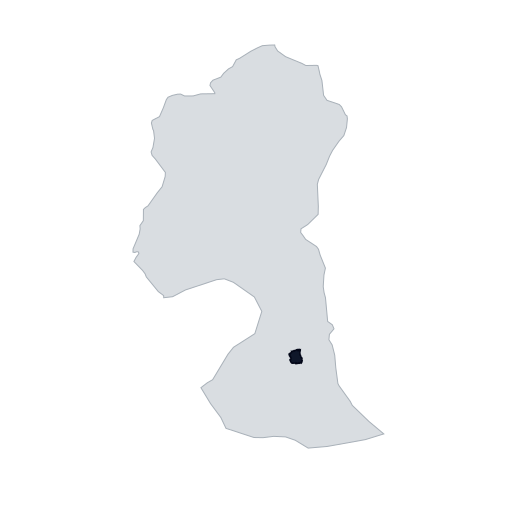 Remtes pag., Brocenu, Latvia shown in context, rotated 257°
{"feature_id": "27541924B53192236746311", "entity_name": "Remtes pag.", "entity_type": "district", "adm_level": 2, "iso_a3": "LVA", "parent_name": "Latvia", "parent_adm1": "Brocenu", "projection": "orthographic", "projection_center": [22.675, 56.753], "detail": "fine", "context": "in_parent", "style": "filled", "palette": "ink", "viewbox_px": 512, "rotation_deg": 257, "n_neighbors": 0, "source": "geoboundaries", "source_scale": "gbopen_adm2", "svg_char_len": 4216}
<svg xmlns="http://www.w3.org/2000/svg" viewBox="0 0 512 512"><g transform="rotate(257 256 256)"><path d="M372.0,376.2L369.1,375.9L360.8,373.1L353.6,368.7L349.2,362.7L341.7,354.4L336.8,350.2L329.3,345.0L316.6,334.3L312.1,331.9L290.4,327.9L282.6,325.9L275.0,313.4L272.4,306.0L268.9,304.8L265.1,306.5L261.0,308.1L251.6,317.1L248.5,318.4L242.5,318.7L228.6,320.9L222.1,317.9L211.0,314.6L205.0,314.1L199.7,314.3L176.1,311.1L171.8,314.9L167.5,315.6L163.2,309.9L158.0,308.2L152.2,310.2L141.7,310.4L129.2,308.6L113.3,307.1L110.9,307.7L93.2,315.1L88.8,316.2L69.4,328.8L53.9,340.5L52.5,321.2L54.4,282.6L57.1,263.6L67.7,252.7L73.1,244.1L76.3,232.6L77.4,222.0L79.6,213.2L94.8,188.0L106.6,185.4L122.4,178.5L140.1,172.7L143.5,180.2L145.2,185.9L166.6,206.6L172.1,213.5L180.6,237.4L200.7,249.2L216.4,245.2L223.2,239.1L235.5,228.0L240.9,220.0L241.8,212.3L238.8,179.7L235.1,165.6L236.1,156.7L238.2,157.1L243.3,152.8L260.3,144.4L263.7,143.9L267.5,142.2L278.1,135.8L281.7,138.9L284.7,142.4L286.3,142.4L287.0,141.0L286.7,138.7L287.4,137.0L290.6,137.8L303.5,147.1L308.4,149.2L311.7,149.7L315.8,154.2L326.7,156.8L328.1,159.1L329.1,162.0L339.8,174.0L344.6,180.1L353.9,185.4L357.8,186.5L373.2,179.7L377.4,177.4L381.0,177.2L384.9,180.0L393.5,183.6L401.3,184.4L402.6,184.0L409.1,184.0L411.5,185.4L413.5,193.3L421.3,199.1L428.5,203.8L430.5,206.0L431.3,210.6L431.3,216.1L430.7,219.0L428.0,222.4L426.1,230.8L426.4,238.6L423.4,252.4L424.3,252.6L432.5,249.5L435.0,250.7L437.0,253.6L438.2,262.0L441.3,265.6L444.5,271.3L445.8,275.8L451.6,280.9L452.3,284.5L456.6,296.8L458.4,303.9L459.5,309.5L458.4,316.8L457.4,321.7L455.6,321.6L450.9,323.2L443.6,329.6L433.2,344.2L430.4,347.4L428.1,358.1L427.5,359.2L420.7,359.2L418.9,359.1L412.2,359.7L397.3,358.0L391.7,360.2L384.9,371.2L382.1,372.9L373.5,374.9L372.0,376.2Z" fill="#d9dde1" stroke="#a8b0b8" stroke-width="1"/><path d="M141.9,272.9L141.9,273.1L141.9,273.3L142.1,273.2L142.3,273.4L142.4,273.7L142.2,273.8L141.9,274.0L141.7,274.3L141.6,274.5L141.9,274.8L142.2,275.1L142.0,275.3L142.1,275.6L141.7,275.9L141.5,276.0L141.8,276.4L141.9,276.5L142.0,276.6L142.3,276.5L142.4,276.4L142.5,276.4L142.7,276.7L142.9,277.0L143.1,276.9L143.3,276.8L143.4,277.3L143.6,277.5L144.0,277.4L144.3,277.3L144.5,277.3L145.9,277.8L146.2,277.8L146.3,277.8L146.6,277.6L146.7,277.3L146.8,277.4L147.1,277.2L147.5,277.1L147.9,277.1L148.7,277.0L148.8,277.0L149.1,277.0L149.1,276.9L149.6,276.7L149.8,276.7L150.0,276.7L150.6,276.8L151.3,276.9L151.7,276.9L152.0,277.0L153.2,277.4L153.3,277.5L153.5,277.7L153.9,277.9L154.2,277.9L154.3,277.9L154.5,277.9L154.7,278.0L154.7,277.9L154.8,277.9L154.9,277.7L155.0,277.6L154.9,277.5L154.9,277.4L155.1,276.9L155.1,276.4L154.9,276.2L154.6,276.4L154.4,276.0L154.2,276.0L154.2,275.8L154.2,275.7L154.3,275.7L154.6,275.5L154.7,275.4L154.8,275.4L155.0,275.3L155.4,275.4L155.5,275.6L155.6,275.1L155.5,274.8L155.5,274.6L155.2,274.7L155.3,274.4L155.2,274.3L155.1,274.1L155.0,273.7L155.1,273.4L155.2,272.4L155.0,272.5L154.9,272.4L155.0,272.2L154.9,272.1L154.8,271.9L155.0,271.7L155.1,269.7L155.0,269.8L154.9,269.8L155.0,269.8L154.9,269.8L154.9,270.0L154.7,270.0L154.7,269.9L154.8,269.8L154.7,269.6L154.6,269.4L154.4,269.1L154.3,268.9L154.1,268.6L153.8,268.5L153.8,268.4L153.6,268.0L153.7,267.8L153.7,267.7L153.3,267.4L153.1,267.3L152.7,267.1L153.2,266.8L152.9,266.5L153.0,266.2L152.8,266.1L152.6,266.3L152.8,266.4L152.5,266.7L152.4,266.8L152.1,266.8L151.9,266.8L151.7,266.5L151.7,266.4L151.5,266.1L151.4,266.1L151.1,266.2L151.1,266.3L151.1,266.5L150.9,266.6L150.7,266.7L150.4,266.7L150.3,266.8L149.7,266.7L149.4,266.8L149.3,267.1L149.2,267.2L149.2,267.3L148.9,267.3L148.7,267.3L148.4,267.1L148.1,267.1L147.8,266.9L147.7,266.6L147.6,266.2L147.2,266.3L147.0,265.7L144.7,266.2L144.8,266.2L144.7,266.3L144.4,266.3L144.2,266.5L143.8,266.6L143.7,266.8L143.5,267.1L143.5,267.3L143.5,267.5L143.4,267.5L143.4,267.8L143.4,268.0L143.2,268.1L143.2,268.3L143.1,268.5L143.1,268.8L143.1,269.0L143.1,269.3L143.0,269.5L142.9,269.9L142.8,270.0L142.7,270.0L142.4,270.2L142.1,270.6L142.1,270.9L142.1,271.0L142.2,271.3L142.0,271.5L142.0,271.8L142.1,271.7L142.3,271.5L142.5,271.5L142.4,271.6L142.2,271.8L142.2,272.0L142.2,272.3L142.2,272.5L142.1,272.8L141.9,272.9Z" fill="#0f172a" stroke="#020617" stroke-width="1.5"/></g></svg>